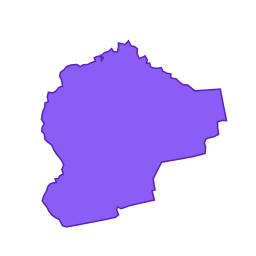 outline of Forquilhinha, Santa Catarina, Brazil, rotated 169°
{"feature_id": "56859067B16850363929127", "entity_name": "Forquilhinha", "entity_type": "district", "adm_level": 2, "iso_a3": "BRA", "parent_name": "Brazil", "parent_adm1": "Santa Catarina", "projection": "orthographic", "projection_center": [-49.484, -28.785], "detail": "fine", "context": "isolated", "style": "filled", "palette": "violet", "viewbox_px": 256, "rotation_deg": 169, "n_neighbors": 0, "source": "geoboundaries", "source_scale": "gbopen_adm2", "svg_char_len": 1702}
<svg xmlns="http://www.w3.org/2000/svg" viewBox="0 0 256 256"><g transform="rotate(169 128 128)"><path d="M153.8,44.6L154.8,49.8L153.3,52.9L150.5,50.2L146.7,50.6L141.2,51.5L121.1,52.2L115.9,52.2L116.4,61.9L113.3,62.0L113.1,73.2L101.6,88.0L70.1,87.5L57.2,88.3L55.5,94.3L55.9,98.6L53.8,102.3L49.4,103.0L45.5,103.0L40.3,104.5L39.9,111.0L39.0,117.0L33.9,117.4L29.9,116.4L30.0,133.2L30.0,148.6L55.3,151.7L58.7,155.8L61.2,158.8L65.6,160.1L68.7,163.1L71.3,167.0L76.3,168.9L75.6,172.9L79.6,174.4L83.0,177.2L83.8,180.9L87.8,181.0L91.6,182.0L94.2,183.7L94.3,187.6L97.5,188.0L96.0,191.2L97.5,195.6L100.8,194.6L103.8,194.3L104.9,199.4L103.7,204.1L106.1,206.7L109.4,208.1L110.9,213.5L115.0,210.3L118.2,212.1L121.2,213.3L121.8,209.7L124.0,204.6L127.7,205.7L128.9,209.0L132.4,207.0L136.6,206.4L141.0,204.1L144.8,204.1L147.8,203.4L147.1,199.9L151.3,199.1L155.7,198.0L159.8,198.6L163.0,197.3L166.4,200.2L171.3,200.7L176.4,200.1L179.5,197.5L183.6,195.6L185.2,191.9L184.2,188.6L184.0,185.2L184.3,181.7L188.4,180.9L191.2,178.3L195.0,176.8L199.3,178.3L201.3,174.0L201.2,169.0L204.7,168.4L205.8,164.1L208.5,160.4L209.9,156.9L211.3,153.0L209.3,148.0L211.9,145.6L213.3,141.2L211.3,138.1L211.7,132.5L209.0,129.0L206.1,125.7L205.1,121.2L203.1,115.9L200.9,111.9L198.9,107.5L198.2,103.9L200.9,99.8L200.2,95.0L203.9,94.3L206.1,91.7L209.3,92.0L208.7,88.1L211.8,88.5L215.4,87.9L217.9,85.7L220.1,81.5L223.5,77.7L226.1,72.8L224.5,69.1L222.6,65.9L221.6,61.7L219.3,57.0L216.5,54.1L212.8,51.1L211.0,44.6L207.4,42.7L196.8,42.5L192.8,42.5L187.2,42.5L176.3,42.5L172.7,42.5L169.6,42.5L166.1,42.5L161.6,42.7L157.5,42.7L153.8,44.6ZM141.0,204.1L138.9,201.6L141.0,199.3L141.0,204.1Z" fill="#8b5cf6" stroke="#5b21b6" stroke-width="1.5"/></g></svg>